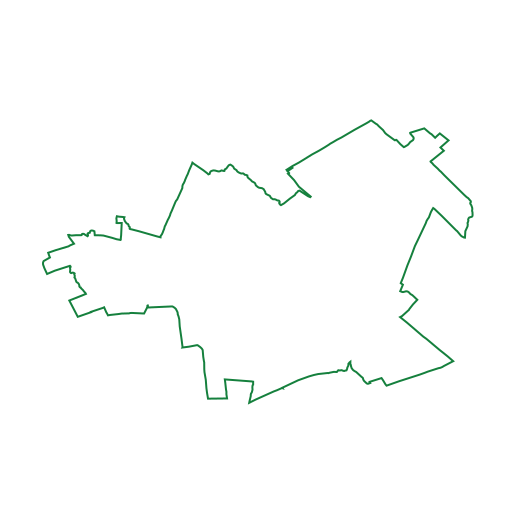 Saveni, Botosani, Romania, rotated 186°
{"feature_id": "2599482B73989625224093", "entity_name": "Saveni", "entity_type": "district", "adm_level": 2, "iso_a3": "ROU", "parent_name": "Romania", "parent_adm1": "Botosani", "projection": "equal_earth", "projection_center": [26.877, 47.965], "detail": "fine", "context": "isolated", "style": "outline", "palette": "green", "viewbox_px": 512, "rotation_deg": 186, "n_neighbors": 0, "source": "geoboundaries", "source_scale": "gbopen_adm2", "svg_char_len": 6073}
<svg xmlns="http://www.w3.org/2000/svg" viewBox="0 0 512 512"><g transform="rotate(186 256 256)"><path d="M155.5,402.9L156.5,402.4L157.7,401.3L160.0,399.6L171.2,391.8L183.4,382.8L187.7,380.0L191.3,377.3L194.0,375.4L195.2,374.3L199.0,371.3L204.1,367.5L210.8,362.9L223.1,353.4L229.1,349.3L234.6,344.9L234.0,344.4L229.4,348.1L228.9,347.5L233.5,343.6L231.7,341.9L231.8,341.6L232.7,341.1L226.1,335.5L220.6,329.4L207.8,320.8L208.2,320.2L210.5,320.9L219.6,325.6L221.0,324.9L221.5,323.9L222.9,322.5L223.7,320.7L228.3,316.6L233.7,311.2L236.5,309.2L237.3,309.6L238.0,310.3L238.1,311.0L238.5,311.2L238.5,311.4L238.2,311.8L238.1,312.2L238.3,312.8L238.9,313.4L239.4,313.5L240.6,313.5L242.3,314.2L243.5,314.4L245.0,314.2L246.7,315.1L247.3,315.5L248.4,317.1L248.8,317.4L251.4,318.3L252.7,318.9L253.2,319.6L253.5,320.7L255.4,323.3L257.2,324.1L260.0,324.2L261.5,324.8L262.1,325.3L263.1,325.9L263.8,326.7L264.1,327.5L264.7,328.4L265.5,328.9L267.8,329.8L269.1,331.0L272.0,332.9L272.8,333.9L273.0,335.2L274.4,335.6L275.6,335.6L276.1,335.9L276.6,336.4L277.5,336.8L279.1,336.5L279.9,336.6L282.0,337.3L283.4,338.1L284.0,338.8L284.3,339.3L286.8,340.6L287.9,342.3L288.3,342.7L289.4,343.4L291.0,344.2L292.0,343.8L292.7,343.2L294.2,340.7L294.6,339.9L296.0,338.9L296.2,338.3L296.2,337.5L296.3,337.3L296.8,337.2L299.3,337.5L300.4,336.7L301.4,336.3L302.5,336.2L305.6,336.7L307.0,336.7L307.6,336.6L309.4,335.8L310.0,335.2L310.4,334.5L310.7,332.8L311.9,332.2L312.7,332.9L317.4,335.8L327.1,341.0L329.0,342.2L329.5,340.1L331.4,334.3L332.5,330.1L333.1,328.6L334.5,324.1L334.6,323.4L335.4,321.0L336.2,319.4L336.5,317.8L336.4,316.4L336.4,315.7L340.3,304.0L341.4,302.3L341.9,300.9L344.4,292.4L345.5,289.2L345.7,287.8L346.1,286.4L346.9,284.1L347.4,283.0L349.3,277.1L349.8,276.0L350.3,272.8L350.6,272.1L351.2,269.7L351.9,267.6L352.9,266.1L352.9,264.6L356.3,265.1L375.1,268.4L381.9,269.4L383.7,269.6L384.4,269.8L384.6,270.3L384.5,271.3L384.7,271.7L385.5,272.2L385.9,272.8L386.1,273.7L386.4,274.1L386.7,274.4L387.9,274.8L388.8,275.6L390.2,277.2L391.1,279.1L391.2,279.7L390.9,280.8L392.7,280.9L396.3,280.8L398.5,281.0L398.8,278.9L398.2,276.1L398.2,274.3L397.7,274.2L393.0,274.8L392.3,262.6L392.3,259.4L392.2,258.4L392.4,257.8L396.4,258.1L400.9,259.0L409.9,260.4L412.9,260.3L418.5,259.8L419.3,263.7L420.5,264.1L421.5,264.2L422.1,264.2L423.1,263.8L423.5,263.2L423.8,261.7L424.8,261.5L425.6,261.0L425.8,260.6L425.4,259.6L425.2,258.7L425.6,258.1L428.3,259.3L429.3,259.9L430.3,260.0L430.8,259.9L431.4,259.5L431.6,258.6L432.1,258.4L437.0,257.9L441.4,257.1L442.4,257.1L444.1,257.5L444.9,257.3L444.1,255.5L438.3,249.2L441.9,247.2L443.5,246.0L455.7,240.9L463.0,237.5L461.9,235.1L460.8,233.0L466.5,228.9L466.8,228.5L467.1,227.1L467.0,225.9L466.8,225.1L465.2,221.8L461.9,216.3L454.5,220.4L440.0,226.8L439.4,226.3L439.2,225.8L439.8,225.2L439.3,223.0L439.3,220.7L438.5,219.8L437.9,219.7L437.0,220.2L436.4,220.3L435.5,220.2L434.6,219.7L434.9,219.0L434.1,217.2L434.3,215.6L433.5,214.9L432.0,211.6L431.4,211.1L430.6,210.8L429.9,210.3L429.2,209.5L428.5,208.0L428.6,207.6L428.1,206.7L427.8,206.5L427.0,206.3L426.9,205.9L426.2,205.3L424.5,204.0L423.4,202.8L421.7,201.3L421.2,200.5L437.0,192.2L426.9,176.9L414.1,182.9L414.3,183.2L402.8,188.4L401.7,189.1L398.9,184.2L398.3,183.5L397.0,181.5L395.0,182.1L386.7,183.9L383.6,184.7L376.1,185.7L375.3,186.1L373.5,186.4L361.3,187.1L359.1,192.8L358.7,194.5L358.8,195.3L358.6,195.5L358.4,195.5L358.4,195.3L358.0,193.5L334.1,197.1L333.3,196.9L331.5,196.0L330.0,194.8L329.3,193.6L328.5,192.5L327.9,191.1L327.8,190.0L326.7,187.8L325.7,185.0L324.5,178.0L321.4,165.7L319.5,157.6L319.6,157.3L313.2,158.8L305.6,161.1L304.8,161.2L302.3,159.8L300.9,158.8L300.0,158.0L299.2,156.9L297.9,150.1L296.8,146.0L296.4,144.8L295.6,137.9L295.1,135.1L293.0,127.6L291.5,119.4L290.4,114.8L288.8,109.1L269.9,111.3L271.0,115.5L271.2,117.8L271.9,120.2L273.3,126.7L274.1,130.0L247.3,130.8L245.7,130.7L245.4,127.7L245.8,127.2L245.9,126.7L245.9,125.2L245.5,122.6L245.9,120.0L246.6,118.5L246.7,117.7L246.6,116.1L247.2,111.4L247.4,109.3L241.3,113.2L224.1,123.2L221.1,124.7L216.9,127.1L216.3,127.4L215.8,127.3L216.1,127.7L201.1,136.8L190.7,141.8L186.0,143.7L181.8,145.1L172.6,147.1L171.6,147.1L170.6,147.6L166.5,148.9L163.5,149.1L162.2,151.0L160.8,150.9L158.9,151.4L157.1,150.9L156.1,150.9L155.4,151.3L154.1,151.7L153.6,153.2L153.5,154.6L152.7,156.7L152.8,158.2L152.8,158.6L152.2,159.3L152.0,159.8L151.1,160.7L150.9,158.4L150.2,157.4L150.1,156.5L149.6,155.5L149.2,154.5L147.6,152.8L146.1,151.9L144.2,151.1L138.4,146.8L137.2,146.1L136.8,145.5L136.4,144.3L135.4,143.0L132.9,141.1L132.2,140.7L131.3,140.6L129.2,141.6L130.0,142.6L129.9,142.7L118.4,147.7L116.6,145.6L113.9,142.0L112.6,140.7L100.6,146.4L80.9,155.1L75.9,157.5L73.2,158.9L62.8,163.5L60.9,164.1L59.1,165.1L57.7,166.2L48.9,172.0L54.9,176.2L63.5,181.7L78.0,191.5L81.2,193.3L98.7,205.4L106.3,210.3L104.5,211.5L98.2,218.5L98.0,219.2L94.8,224.3L91.0,229.3L96.4,233.4L98.4,234.3L100.1,235.8L100.9,236.3L101.9,236.6L103.0,236.6L105.9,235.5L106.9,235.5L108.9,236.1L106.9,242.8L109.2,244.1L107.6,249.6L104.4,262.6L101.8,271.6L99.0,282.5L96.9,288.3L90.6,306.3L90.0,308.8L89.0,310.9L88.1,312.4L86.7,317.8L86.1,319.4L85.8,319.9L85.7,320.3L84.8,322.2L83.5,321.5L75.7,315.5L59.6,302.4L58.6,301.8L54.5,297.8L53.5,297.1L51.0,296.1L50.1,296.1L50.4,302.6L48.7,307.6L48.7,309.6L49.1,310.9L48.7,312.0L48.5,313.5L48.8,314.1L48.8,314.6L48.6,315.5L48.1,316.4L47.4,316.8L45.9,317.4L45.1,317.9L44.9,318.7L44.9,319.5L45.3,322.2L45.8,323.4L45.8,325.4L46.1,326.7L47.2,329.0L48.2,330.2L48.5,331.0L48.0,332.0L48.1,332.9L51.0,335.7L52.7,336.6L55.4,338.6L77.1,355.9L81.1,359.3L82.1,359.9L84.4,361.9L88.9,365.2L90.3,366.6L92.1,367.9L92.3,368.3L80.2,380.3L83.9,383.2L76.6,391.1L86.0,397.1L88.2,394.7L90.2,392.3L94.2,395.5L95.6,396.1L102.0,400.5L115.3,394.8L115.6,394.5L115.3,393.8L111.9,390.6L111.5,389.7L111.6,388.6L111.9,387.8L112.4,387.3L114.6,385.4L115.7,383.6L116.7,382.3L119.9,379.9L120.4,379.7L124.1,382.3L128.4,386.1L128.8,386.2L129.3,385.8L130.1,385.6L138.9,390.7L140.4,391.8L142.8,394.5L147.3,397.8L149.3,399.5L150.7,400.1L155.5,402.9Z" fill="none" stroke="#15803d" stroke-width="2"/></g></svg>